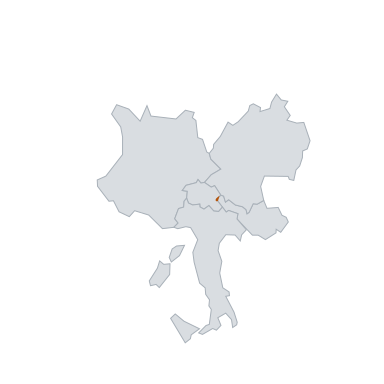 map of Liechtenstein with France, Austria, Germany and 2 others greyed out, rotated 34°
{"feature_id": "LIE", "entity_name": "Liechtenstein", "entity_type": "country or territory", "adm_level": 0, "iso_a3": "LIE", "parent_name": "Europe", "parent_adm1": "", "projection": "mercator", "projection_center": [9.547, 47.164], "detail": "fine", "context": "with_neighbors", "style": "filled", "palette": "amber", "viewbox_px": 384, "rotation_deg": 34, "n_neighbors": 5, "source": "natural_earth", "source_scale": "50m", "svg_char_len": 3436}
<svg xmlns="http://www.w3.org/2000/svg" viewBox="0 0 384 384"><g transform="rotate(34 192 192)"><path d="M184.7,150.3L189.2,154.2L203.1,156.9L198.3,166.9L197.0,177.1L194.4,179.6L190.0,178.3L190.3,181.9L183.3,189.8L183.1,196.2L187.7,194.0L191.0,200.1L190.6,204.0L193.5,209.2L190.1,213.3L192.6,223.8L197.8,225.5L196.7,231.4L188.0,238.9L169.0,235.3L154.9,239.6L153.8,247.5L142.6,249.2L131.8,243.2L128.3,246.1L110.5,240.1L106.7,235.0L111.7,227.0L113.5,199.8L103.6,185.1L96.5,177.9L81.7,172.3L80.7,161.8L93.2,158.6L109.4,162.3L106.4,145.6L115.5,152.0L137.9,140.4L140.8,127.9L149.3,124.8L150.7,130.2L155.2,130.5L166.4,143.7L171.3,142.5L181.9,150.6L184.7,150.3ZM209.4,245.4L215.6,240.4L217.2,251.7L214.0,261.6L209.7,259.0L207.4,250.3L209.4,245.4Z" fill="#d9dde1" stroke="#a8b0b8" stroke-width="1"/><path d="M288.6,163.0L288.1,175.8L282.6,175.8L284.5,178.9L279.5,190.4L271.0,190.8L266.2,194.0L244.4,189.2L242.2,184.3L232.7,186.8L231.6,189.5L216.5,184.5L217.6,178.5L220.5,177.7L225.4,181.7L226.7,177.9L235.2,178.5L242.1,176.0L246.7,176.4L249.8,179.3L250.7,176.9L249.3,167.5L252.8,165.7L256.2,158.9L263.3,163.6L272.1,156.6L279.6,161.0L284.2,160.3L288.6,163.0Z" fill="#d9dde1" stroke="#a8b0b8" stroke-width="1"/><path d="M261.2,83.5L263.5,91.8L260.8,96.1L264.3,101.8L266.7,110.2L265.9,115.6L269.9,125.5L265.6,127.1L263.0,125.3L243.1,138.3L245.8,149.0L256.2,158.9L252.8,165.7L249.3,167.5L250.7,176.9L249.8,179.3L246.7,176.4L242.1,176.0L235.2,178.5L226.7,177.9L225.4,181.7L220.5,177.7L217.6,178.5L207.2,174.1L205.2,177.2L197.0,177.1L198.3,166.9L203.1,156.9L189.2,154.2L184.7,150.3L185.2,143.7L183.3,140.4L184.4,130.1L182.8,113.9L188.6,113.9L191.0,108.0L193.4,93.5L191.6,88.0L193.5,84.6L201.6,83.7L203.4,87.3L209.9,79.2L207.7,73.0L207.3,63.6L214.5,65.8L220.7,63.2L220.9,69.7L230.6,73.6L230.5,79.4L240.3,76.3L245.8,71.8L261.2,83.5Z" fill="#d9dde1" stroke="#a8b0b8" stroke-width="1"/><path d="M217.6,178.5L216.5,184.5L225.7,187.5L225.0,193.2L220.7,195.6L213.6,193.8L211.5,199.5L206.9,199.9L205.2,197.7L199.8,202.4L195.2,203.1L191.0,200.1L187.7,194.0L183.1,196.2L183.3,189.8L190.3,181.9L190.0,178.3L194.4,179.6L197.0,177.1L205.2,177.2L207.2,174.1L217.6,178.5Z" fill="#d9dde1" stroke="#a8b0b8" stroke-width="1"/><path d="M225.7,187.5L231.6,189.5L232.7,186.8L242.2,184.3L244.4,189.2L258.2,192.9L257.1,199.7L259.4,205.6L251.8,203.6L243.9,208.5L243.3,219.2L246.4,226.0L255.5,232.8L260.3,243.7L271.1,254.2L278.6,254.1L281.0,257.0L278.3,259.6L294.0,268.1L302.3,274.7L303.3,277.1L301.5,281.6L296.1,275.7L287.7,273.6L283.7,281.8L290.6,286.4L289.5,292.9L285.5,293.6L280.3,304.2L276.3,305.1L278.3,294.8L280.4,292.1L273.7,278.6L269.7,277.0L266.8,271.6L260.6,269.2L256.5,264.1L249.3,263.3L233.0,249.0L226.4,241.5L223.4,228.3L210.8,222.3L206.3,224.2L200.7,230.4L196.7,231.4L197.8,225.5L192.6,223.8L190.1,213.3L193.5,209.2L190.6,204.0L191.0,200.1L195.2,203.1L199.8,202.4L205.2,197.7L206.9,199.9L211.5,199.5L213.6,193.8L220.7,195.6L225.0,193.2L225.7,187.5ZM257.6,303.6L274.7,301.2L271.2,310.8L272.7,314.6L270.7,320.8L244.9,308.7L246.3,302.5L257.6,303.6ZM209.0,267.8L213.9,263.8L219.6,272.9L218.3,289.5L213.9,288.7L210.0,292.9L206.3,289.6L205.9,274.4L203.7,267.2L209.0,267.8Z" fill="#d9dde1" stroke="#a8b0b8" stroke-width="1"/><path d="M217.4,185.2L216.7,185.1L216.5,184.6L216.5,183.5L216.9,182.1L217.0,182.4L217.1,182.6L217.1,183.0L217.2,183.3L217.3,183.7L217.6,184.1L217.7,184.4L217.6,184.9L217.4,185.2Z" fill="#f59e0b" stroke="#b45309" stroke-width="1.5"/></g></svg>